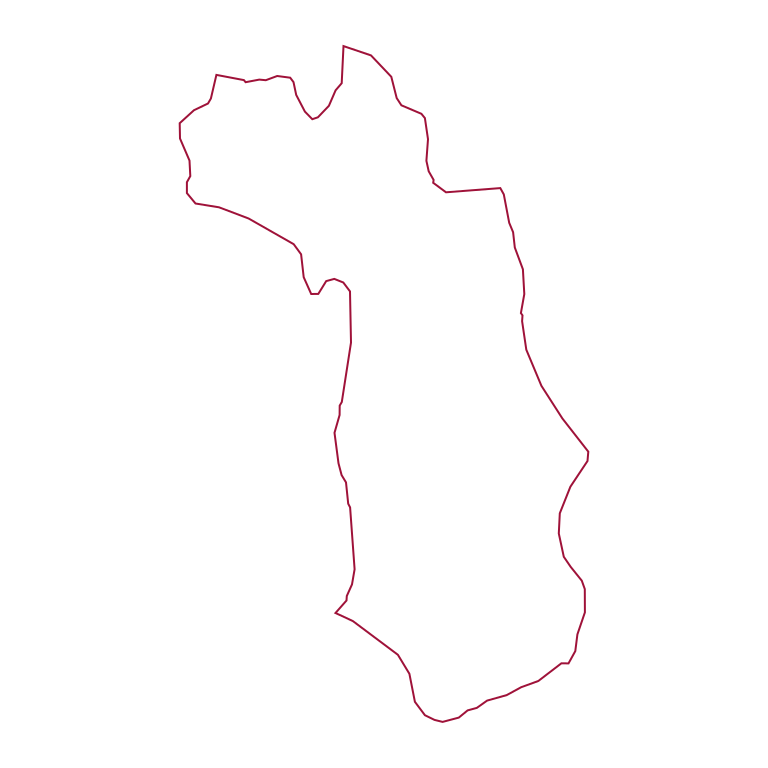 Patzicía, Chimaltenango, Guatemala
{"feature_id": "79465075B67566663524639", "entity_name": "Patzicía", "entity_type": "district", "adm_level": 2, "iso_a3": "GTM", "parent_name": "Guatemala", "parent_adm1": "Chimaltenango", "projection": "equal_earth", "projection_center": [-90.946, 14.636], "detail": "fine", "context": "isolated", "style": "outline", "palette": "rose", "viewbox_px": 768, "rotation_deg": 0, "n_neighbors": 0, "source": "geoboundaries", "source_scale": "gbopen_adm2", "svg_char_len": 1383}
<svg xmlns="http://www.w3.org/2000/svg" viewBox="0 0 768 768"><path d="M568.5,663.4L575.3,651.1L577.4,634.4L584.9,612.4L584.8,589.1L581.8,580.7L570.7,566.9L563.8,556.8L558.8,533.5L559.8,513.3L570.4,486.7L587.5,461.0L588.3,451.7L562.4,418.5L541.4,385.8L526.3,349.7L522.1,321.2L522.5,315.4L520.9,313.1L524.3,294.1L522.9,269.3L514.8,247.5L513.1,232.2L509.2,222.8L503.8,194.4L500.3,188.1L446.0,192.3L433.2,182.8L433.6,179.9L428.7,171.3L426.4,160.8L428.0,139.2L424.9,118.1L421.4,113.8L401.4,105.3L396.7,98.1L391.3,76.8L371.0,55.4L343.5,46.1L341.7,83.2L335.6,90.3L328.9,105.8L317.9,117.3L312.3,119.2L304.9,111.6L296.2,94.9L293.5,82.1L290.2,77.7L277.2,76.0L265.8,80.2L259.3,79.6L245.6,82.2L243.9,80.1L216.4,74.9L210.9,98.5L208.0,103.5L194.0,110.2L179.7,123.2L180.0,138.5L189.5,160.6L190.3,176.1L186.9,182.2L186.9,193.1L195.5,203.5L219.0,207.3L248.6,218.5L293.7,244.2L301.1,254.3L303.7,277.2L311.2,294.0L318.3,293.9L326.2,281.1L334.3,278.9L343.3,282.5L350.0,291.4L351.0,342.6L341.8,402.0L339.7,405.6L339.6,415.0L334.5,432.8L338.5,463.3L341.6,475.1L346.0,482.4L348.2,503.7L350.1,507.4L354.6,569.3L352.0,584.4L346.8,596.0L346.5,600.5L335.5,613.0L352.9,621.1L397.9,654.8L409.4,673.8L414.9,701.8L424.9,715.2L434.5,719.9L442.6,721.9L458.8,717.6L467.6,710.4L476.8,707.9L487.1,700.6L506.7,695.1L521.2,687.2L538.3,681.0L561.4,663.3L568.5,663.4Z" fill="none" stroke="#9f1239" stroke-width="2"/></svg>